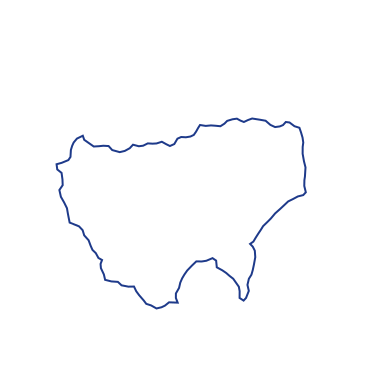 Queiroz, São Paulo, Brazil (Albers equal-area conic projection), rotated 319°
{"feature_id": "56859067B20589699354509", "entity_name": "Queiroz", "entity_type": "district", "adm_level": 2, "iso_a3": "BRA", "parent_name": "Brazil", "parent_adm1": "São Paulo", "projection": "albers", "projection_center": [-50.245, -21.799], "detail": "fine", "context": "isolated", "style": "outline", "palette": "blue", "viewbox_px": 384, "rotation_deg": 319, "n_neighbors": 0, "source": "geoboundaries", "source_scale": "gbopen_adm2", "svg_char_len": 1998}
<svg xmlns="http://www.w3.org/2000/svg" viewBox="0 0 384 384"><g transform="rotate(319 192 192)"><path d="M68.8,201.3L72.5,206.6L77.1,211.2L77.6,216.2L81.9,221.7L86.2,225.3L84.8,230.3L84.4,235.3L84.4,242.2L84.1,246.4L86.7,250.7L88.8,256.6L93.4,259.0L97.0,260.0L102.3,260.2L108.6,266.1L110.3,261.4L113.3,258.0L119.3,255.9L123.7,252.7L127.9,250.7L132.1,249.3L136.9,248.1L143.5,247.5L149.7,247.2L153.9,250.9L157.7,253.3L164.1,255.4L165.2,259.6L161.3,265.1L163.5,271.0L164.7,275.6L165.3,280.0L166.2,284.5L165.2,294.2L162.9,298.1L158.4,303.2L159.7,307.8L163.3,307.4L170.0,303.9L172.9,298.5L178.0,294.8L182.6,293.4L186.6,290.8L191.0,287.5L197.0,282.7L200.9,277.5L202.0,273.1L201.8,269.3L205.8,269.7L210.0,268.3L214.7,266.9L219.1,265.7L223.3,264.4L229.0,264.1L234.3,263.7L240.7,262.7L247.9,262.6L253.6,262.4L258.4,262.2L263.7,263.6L269.0,264.8L273.9,267.3L277.7,266.9L280.7,261.1L284.6,256.8L287.3,254.5L293.8,247.9L296.7,242.2L300.6,235.7L305.1,230.6L308.4,227.7L311.1,223.5L313.4,218.5L315.2,214.0L312.5,209.6L311.2,203.5L308.7,200.7L304.6,201.2L301.3,200.1L297.3,197.5L295.2,192.8L294.3,186.5L290.5,181.8L285.6,176.0L281.4,174.4L277.1,173.2L275.4,169.9L274.0,166.1L270.3,163.7L265.2,161.4L261.3,161.7L256.6,161.0L253.0,157.2L250.0,154.2L245.7,151.1L242.0,146.7L238.6,147.7L234.7,149.1L230.8,150.1L227.2,149.1L223.3,146.7L219.9,143.4L216.0,142.2L210.1,144.2L205.5,142.8L203.9,139.0L202.2,134.3L197.1,132.1L194.0,129.7L190.5,126.3L185.5,125.0L181.9,122.6L178.5,117.6L173.7,118.1L168.2,116.9L163.6,114.5L159.3,108.0L159.2,102.6L155.4,98.9L151.7,96.3L147.7,93.2L146.2,87.2L144.9,81.9L146.5,77.9L140.2,76.2L135.2,77.0L131.9,78.5L128.2,80.8L123.3,85.8L119.6,86.8L112.8,84.5L108.0,82.2L105.1,86.6L106.1,92.0L102.5,97.5L98.9,102.0L93.2,103.5L89.9,109.6L88.6,116.1L87.0,122.2L84.2,126.8L82.4,129.9L79.6,134.8L84.2,143.8L84.4,149.1L82.2,154.0L82.3,160.6L80.3,165.9L78.9,170.4L79.3,175.0L78.1,180.4L79.5,184.3L75.8,186.3L73.3,189.7L71.4,196.4L68.8,201.3Z" fill="none" stroke="#1e3a8a" stroke-width="2"/></g></svg>